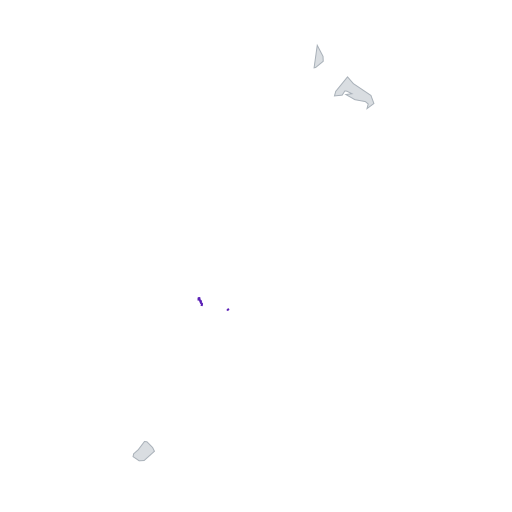 Ha`ano, Tonga (highlighted), rotated 186°
{"feature_id": "48082658B34496181007538", "entity_name": "Ha`ano", "entity_type": "district", "adm_level": 2, "iso_a3": "TON", "parent_name": "Tonga", "parent_adm1": "", "projection": "mercator", "projection_center": [-174.291, -19.666], "detail": "fine", "context": "in_parent", "style": "filled", "palette": "violet", "viewbox_px": 512, "rotation_deg": 186, "n_neighbors": 0, "source": "geoboundaries", "source_scale": "gbopen_adm2", "svg_char_len": 1534}
<svg xmlns="http://www.w3.org/2000/svg" viewBox="0 0 512 512"><g transform="rotate(186 256 256)"><path d="M182.9,429.4L184.9,429.4L187.1,425.0L194.7,423.4L193.9,428.1L183.7,443.7L177.2,437.6L158.5,427.7L154.7,420.0L161.0,414.2L160.3,418.9L163.4,421.0L174.0,421.8L183.5,426.0L177.6,427.4L182.9,429.4ZM352.8,51.1L347.5,59.9L345.0,59.8L338.8,54.7L336.6,51.2L345.9,40.9L350.8,40.1L357.3,43.6L357.0,46.5L352.8,51.1ZM217.9,449.2L217.1,471.9L210.2,461.5L209.5,456.7L216.4,449.7L217.9,449.2Z" fill="#d9dde1" stroke="#a8b0b8" stroke-width="1"/><path d="M308.2,206.7L307.8,206.3L307.1,205.7L306.9,205.4L307.0,205.2L306.0,203.3L305.4,202.9L305.1,202.7L305.0,202.0L305.1,201.3L304.5,201.3L304.5,201.7L304.5,201.9L304.5,202.0L304.5,202.3L304.4,202.4L304.4,202.5L304.4,202.8L304.5,203.0L304.8,203.3L305.1,203.4L305.3,203.5L305.5,203.7L305.5,203.8L305.7,204.0L305.8,204.1L306.0,204.3L306.0,204.6L306.0,204.8L305.9,205.0L305.7,205.2L305.7,205.3L305.8,205.5L306.0,205.6L306.2,205.8L306.3,205.8L306.5,206.0L306.8,206.2L306.9,206.3L307.0,206.3L307.1,206.5L307.3,206.7L307.3,206.8L307.3,207.0L307.4,207.3L307.5,207.4L307.5,207.5L307.5,207.8L307.6,208.0L307.7,208.3L307.8,208.4L307.8,208.5L308.0,208.5L308.3,208.5L308.5,208.4L308.8,208.3L308.9,208.2L309.0,208.1L309.0,207.9L308.9,207.7L308.9,207.4L308.9,207.2L308.9,206.9L308.9,206.7L308.8,206.4L308.2,206.7ZM277.9,199.7L277.7,199.9L277.7,200.0L278.0,200.3L278.2,200.2L278.3,200.1L278.5,199.9L278.6,199.7L278.8,199.4L278.4,199.2L277.9,199.7Z" fill="#8b5cf6" stroke="#5b21b6" stroke-width="1.5"/></g></svg>